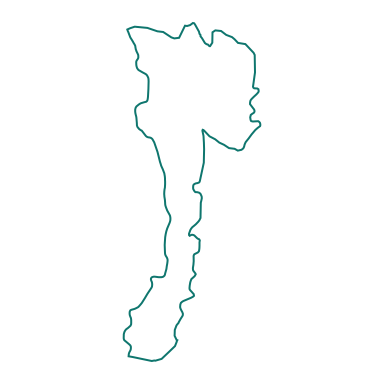 the district of Ayutla, San Marcos, Guatemala
{"feature_id": "79465075B23985435861738", "entity_name": "Ayutla", "entity_type": "district", "adm_level": 2, "iso_a3": "GTM", "parent_name": "Guatemala", "parent_adm1": "San Marcos", "projection": "equal_earth", "projection_center": [-92.138, 14.706], "detail": "fine", "context": "isolated", "style": "outline", "palette": "teal", "viewbox_px": 384, "rotation_deg": 0, "n_neighbors": 0, "source": "geoboundaries", "source_scale": "gbopen_adm2", "svg_char_len": 4956}
<svg xmlns="http://www.w3.org/2000/svg" viewBox="0 0 384 384"><path d="M254.7,55.0L253.6,52.8L245.4,44.1L238.0,42.9L234.5,39.2L232.0,37.1L226.2,34.9L221.1,31.0L215.3,30.4L212.5,32.3L212.3,42.7L210.1,46.1L209.4,46.1L207.8,44.5L206.5,44.2L204.9,43.0L202.0,38.2L200.5,36.3L200.5,35.0L199.5,33.8L199.0,31.7L195.3,25.0L194.2,23.3L192.9,23.0L190.1,25.1L187.1,26.0L185.0,25.7L179.1,37.8L174.3,38.4L171.4,37.4L163.2,32.0L157.4,31.3L147.4,27.9L134.7,26.7L130.2,28.2L127.3,29.5L127.7,30.8L128.3,32.1L130.3,37.4L131.8,39.8L132.9,41.6L133.7,43.1L134.4,44.2L135.0,45.3L135.3,46.1L135.4,47.2L135.6,48.2L135.8,49.4L136.2,50.3L136.4,51.1L137.8,54.0L138.2,55.0L138.3,56.0L138.3,57.0L138.3,57.8L137.7,59.1L136.9,60.2L136.5,60.9L136.2,62.0L136.3,64.9L136.5,66.1L136.7,66.9L137.2,68.3L137.7,69.0L138.5,70.0L142.6,72.4L144.5,73.4L145.9,74.2L147.0,75.3L147.8,76.8L148.3,78.0L148.5,79.2L148.6,81.4L148.4,89.1L148.0,96.5L147.9,97.6L147.7,99.0L147.5,100.0L147.2,100.8L146.3,101.7L145.6,101.9L144.0,102.3L141.0,103.2L140.2,103.6L138.8,104.5L136.5,106.4L135.7,107.6L135.4,108.7L135.2,109.5L135.2,110.4L135.2,111.7L135.4,113.2L135.7,114.6L136.2,116.5L136.4,117.7L136.8,122.5L136.9,124.1L136.9,125.2L137.1,126.0L137.5,127.0L137.9,127.6L138.6,128.3L139.0,128.9L140.2,129.8L141.0,130.3L141.7,130.6L142.8,132.0L145.8,135.9L146.7,136.7L148.1,137.3L148.8,137.4L149.6,137.5L150.7,137.8L151.5,138.3L152.2,138.9L152.7,139.6L153.4,140.9L154.2,142.3L157.5,151.9L158.1,154.3L160.0,161.9L160.7,164.0L161.1,165.5L161.7,166.9L162.8,169.3L164.3,173.3L164.6,175.1L164.8,176.2L165.0,178.3L165.0,179.8L165.1,181.3L165.1,184.1L165.0,186.0L164.9,187.6L164.5,189.6L164.3,191.6L164.2,194.0L164.3,195.2L164.4,196.7L164.9,199.8L165.1,202.4L165.2,204.3L165.4,205.5L165.8,206.8L166.3,208.2L166.7,209.2L167.2,210.5L168.7,213.2L169.7,215.0L170.1,216.0L170.4,217.9L170.4,219.2L170.3,220.5L170.0,221.7L169.5,223.1L167.2,228.5L166.3,231.4L165.7,234.1L165.2,237.1L164.9,241.5L164.7,245.0L164.9,250.6L165.0,252.9L165.1,254.0L165.6,255.5L166.9,257.6L167.3,258.6L167.5,259.3L167.6,260.2L167.5,261.7L167.2,263.9L166.8,266.0L166.4,269.0L165.2,273.3L164.9,274.7L164.5,275.6L163.5,276.5L162.8,276.9L161.9,277.1L161.2,277.2L158.9,277.2L157.9,277.1L156.5,276.9L154.9,276.7L153.7,276.7L152.5,277.0L151.7,277.4L151.0,278.4L150.9,279.2L151.2,280.6L151.6,281.4L151.9,282.2L152.1,283.3L152.2,284.4L152.1,285.6L152.0,286.5L151.6,287.5L151.1,288.3L147.5,293.7L144.9,298.1L141.8,303.0L140.4,304.7L139.0,306.3L138.2,307.1L137.1,307.7L135.3,308.6L133.9,309.1L132.8,309.4L131.7,309.7L130.9,310.0L130.3,310.4L129.7,311.8L129.6,313.2L129.7,314.6L129.9,315.5L130.5,317.1L130.9,318.0L131.1,319.2L131.2,320.1L131.2,323.1L131.1,324.4L130.5,325.7L128.2,327.8L126.3,329.2L125.7,329.8L124.6,331.5L124.1,333.0L123.8,334.2L123.7,338.0L123.8,339.0L124.3,340.2L128.0,343.3L129.4,344.5L130.3,345.4L130.8,346.4L130.9,347.6L130.8,349.1L130.4,350.4L129.8,351.5L129.3,352.4L128.9,353.6L128.7,354.9L128.6,356.3L132.6,357.0L151.8,361.0L154.3,360.5L155.3,360.7L161.6,358.9L169.3,351.6L175.0,346.1L176.7,341.8L176.8,340.9L176.9,340.4L176.9,340.2L177.2,340.4L177.3,340.2L176.6,339.9L174.6,335.8L174.8,329.9L176.5,325.4L177.3,324.3L178.4,323.1L178.7,322.3L180.6,318.9L182.4,316.1L182.8,315.2L182.9,313.8L182.3,312.1L181.4,310.5L180.5,308.6L180.1,307.1L180.3,304.6L180.9,302.9L182.1,301.8L183.4,301.0L187.2,299.4L191.0,297.8L193.0,296.7L194.0,295.8L193.7,294.1L190.2,290.2L189.6,289.2L189.5,288.1L189.7,285.7L190.2,282.6L190.5,281.5L191.0,280.1L191.4,279.1L194.6,276.2L195.7,274.3L195.5,273.6L194.9,272.8L193.3,270.7L193.0,269.9L192.9,268.0L193.4,264.8L193.7,261.2L193.6,256.0L193.9,255.0L194.4,254.2L197.8,252.5L198.9,251.3L199.2,249.9L199.4,248.2L199.5,245.9L199.5,242.3L199.8,240.4L199.2,239.3L198.4,239.0L197.4,238.4L196.5,237.6L195.4,236.5L194.5,235.6L193.7,235.1L192.5,234.8L191.7,234.8L190.9,235.1L189.7,235.8L189.1,235.2L189.0,233.8L190.3,230.1L191.1,228.7L192.3,227.2L193.8,226.0L195.8,224.3L198.1,221.9L199.3,220.4L200.5,218.0L200.8,202.7L201.3,200.7L201.8,198.2L201.7,196.7L201.3,195.6L200.4,193.7L199.1,192.7L197.3,192.2L195.3,192.1L194.1,190.7L193.2,188.9L193.1,187.1L193.3,185.4L193.7,184.6L194.6,183.9L196.1,183.3L197.5,183.1L199.0,182.5L199.6,181.8L199.9,180.8L203.8,162.7L204.1,149.3L203.9,142.6L203.5,135.9L202.4,130.7L202.7,129.8L203.4,130.0L204.2,130.7L209.5,136.3L215.2,139.3L219.3,142.6L224.0,144.8L229.0,148.1L234.6,148.8L237.8,150.6L241.5,149.8L243.0,148.6L243.7,147.7L244.3,146.0L244.5,144.9L245.0,143.6L245.7,142.1L248.6,138.5L251.6,134.4L255.3,130.0L257.7,127.9L260.1,126.1L260.3,125.3L260.3,124.1L259.9,122.7L259.2,121.9L258.2,121.2L252.8,121.5L251.2,121.1L250.6,120.0L250.2,117.3L250.8,114.9L252.1,113.9L253.8,112.8L254.2,112.3L254.5,111.4L254.4,110.2L253.9,109.2L253.4,108.6L250.0,104.1L250.1,102.2L250.3,101.3L250.5,100.5L251.1,99.6L251.7,98.9L253.9,96.7L256.3,94.5L257.6,93.1L258.4,92.1L258.7,91.1L258.4,89.2L257.3,88.5L254.2,88.3L253.4,87.7L253.0,86.8L255.0,72.4L254.7,55.0Z" fill="none" stroke="#0f766e" stroke-width="2"/></svg>